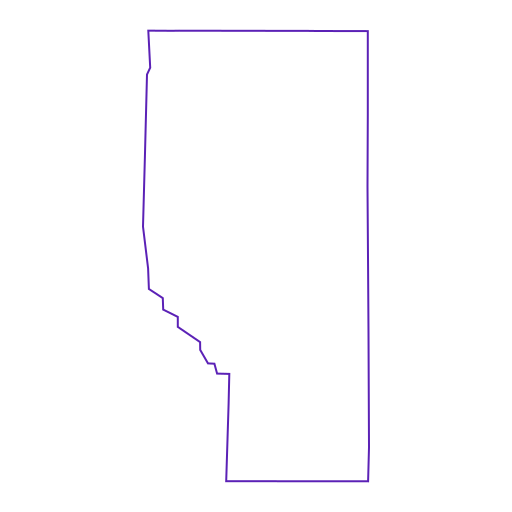 the district of Crawford, Pennsylvania, United States of America, rotated 90°
{"feature_id": "52423323B54680943068463", "entity_name": "Crawford", "entity_type": "district", "adm_level": 2, "iso_a3": "USA", "parent_name": "United States of America", "parent_adm1": "Pennsylvania", "projection": "robinson", "projection_center": [-80.159, 41.666], "detail": "fine", "context": "isolated", "style": "outline", "palette": "violet", "viewbox_px": 512, "rotation_deg": 90, "n_neighbors": 0, "source": "geoboundaries", "source_scale": "gbopen_adm2", "svg_char_len": 617}
<svg xmlns="http://www.w3.org/2000/svg" viewBox="0 0 512 512"><g transform="rotate(90 256 256)"><path d="M30.7,363.7L67.7,361.8L74.5,365.0L157.1,367.1L226.6,369.0L268.4,363.9L289.0,363.1L298.1,349.2L309.6,348.8L316.9,334.2L326.9,334.2L342.1,311.9L349.9,311.8L363.4,304.0L363.7,297.6L373.6,294.9L373.9,282.7L404.0,283.4L481.2,285.8L481.2,281.6L481.3,143.9L447.4,143.0L333.4,143.5L271.3,143.9L186.3,144.5L114.7,144.2L87.3,144.2L31.1,144.2L31.0,195.6L30.9,203.3L30.9,211.3L30.9,234.4L30.8,252.8L30.8,253.7L30.8,269.2L30.7,333.1L30.8,339.5L30.7,357.1L30.7,363.7Z" fill="none" stroke="#5b21b6" stroke-width="2"/></g></svg>